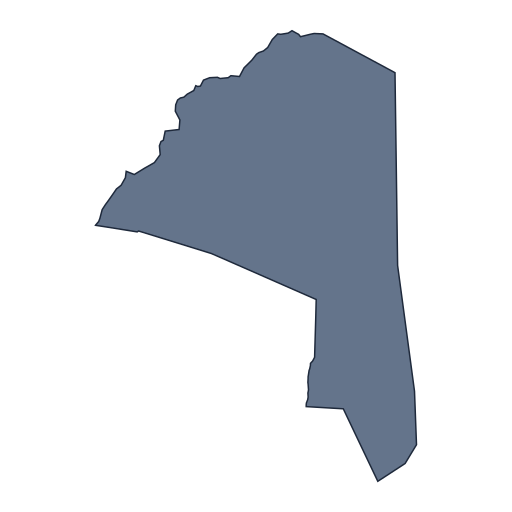 outline of Choppin, Anse-la-Raye, Saint Lucia
{"feature_id": "8701671B98444413378484", "entity_name": "Choppin", "entity_type": "district", "adm_level": 2, "iso_a3": "LCA", "parent_name": "Saint Lucia", "parent_adm1": "Anse-la-Raye", "projection": "mercator", "projection_center": [-60.989, 13.954], "detail": "fine", "context": "isolated", "style": "filled", "palette": "slate", "viewbox_px": 512, "rotation_deg": 0, "n_neighbors": 0, "source": "geoboundaries", "source_scale": "gbopen_adm2", "svg_char_len": 1305}
<svg xmlns="http://www.w3.org/2000/svg" viewBox="0 0 512 512"><path d="M416.5,444.7L414.5,391.2L397.6,265.4L395.0,72.7L394.8,72.6L394.1,72.2L323.0,33.9L314.1,33.5L310.2,34.3L300.5,36.7L298.6,34.3L296.3,33.1L292.0,30.7L288.2,33.1L280.8,34.3L277.7,33.9L272.3,39.5L267.7,47.5L263.4,51.0L258.8,52.6L256.5,54.2L251.8,60.2L244.1,67.8L239.5,76.5L230.9,75.7L228.2,77.7L220.1,78.5L217.4,77.3L209.7,77.7L203.5,80.1L200.4,86.1L197.7,86.5L195.8,85.7L193.8,90.5L187.3,94.1L183.8,97.2L180.3,98.0L179.9,98.3L177.6,100.0L175.7,104.8L175.3,111.2L179.9,120.0L179.5,124.7L179.1,129.5L165.2,131.1L163.3,140.3L161.0,141.5L159.4,145.8L160.2,154.6L154.4,162.6L144.7,168.1L134.3,174.5L126.2,171.3L125.4,177.7L121.1,185.3L116.5,188.9L111.9,195.6L107.3,202.1L106.3,203.4L105.3,204.8L102.2,209.6L101.8,211.0L99.9,218.3L98.7,221.5L95.6,225.1L95.5,225.3L107.2,227.1L137.2,231.9L138.1,231.3L138.6,231.0L211.3,253.5L233.3,263.1L316.2,299.5L315.8,315.8L314.6,357.3L312.6,361.1L310.5,363.3L310.4,365.6L309.7,368.8L309.3,369.9L309.1,370.4L308.4,375.0L308.1,376.8L308.1,378.3L307.9,382.5L308.1,384.1L308.5,389.9L308.0,392.7L307.9,392.9L308.1,396.5L308.1,397.4L308.0,397.8L307.7,399.6L306.4,403.0L306.2,404.9L306.2,406.2L306.2,406.6L343.3,408.8L377.8,481.3L405.1,463.5L416.5,444.7Z" fill="#64748b" stroke="#1e293b" stroke-width="1.5"/></svg>